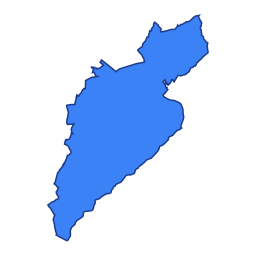 the district of Stefan Cel Mare, Bacau, Romania
{"feature_id": "2599482B13228662161782", "entity_name": "Stefan Cel Mare", "entity_type": "district", "adm_level": 2, "iso_a3": "ROU", "parent_name": "Romania", "parent_adm1": "Bacau", "projection": "mercator", "projection_center": [26.858, 46.192], "detail": "fine", "context": "isolated", "style": "filled", "palette": "blue", "viewbox_px": 256, "rotation_deg": 0, "n_neighbors": 0, "source": "geoboundaries", "source_scale": "gbopen_adm2", "svg_char_len": 5628}
<svg xmlns="http://www.w3.org/2000/svg" viewBox="0 0 256 256"><path d="M56.2,235.2L57.1,235.4L58.0,235.9L58.9,236.7L59.9,237.0L66.4,240.5L67.0,240.6L67.6,240.4L68.0,240.0L68.9,238.3L70.3,236.2L70.5,234.7L70.3,230.8L71.3,228.0L72.0,227.0L72.4,226.5L74.3,225.1L74.8,224.5L75.5,222.7L76.5,220.8L76.7,220.5L78.8,219.4L82.8,216.5L83.2,215.8L83.3,215.4L83.3,213.2L83.4,212.8L84.0,212.1L85.5,211.3L89.2,211.0L91.8,210.6L92.5,210.2L92.9,209.4L93.1,208.7L93.5,208.1L93.8,205.9L94.9,203.8L95.2,202.9L95.2,202.4L95.0,200.7L95.1,200.2L97.2,199.3L98.4,199.0L99.5,198.6L102.1,196.3L104.2,195.0L105.0,194.8L105.5,194.5L105.8,194.0L106.3,193.8L108.9,193.6L109.9,193.1L110.9,192.8L111.5,190.3L112.4,189.3L112.9,188.6L113.2,187.6L114.1,186.4L115.1,186.1L116.1,184.3L118.2,183.3L120.7,182.3L123.5,179.1L125.8,175.8L126.3,175.3L128.0,174.9L130.3,175.0L134.0,173.6L134.5,173.0L135.0,171.7L135.5,169.7L136.5,168.9L137.8,168.4L138.1,168.1L138.2,167.6L138.5,167.3L139.6,165.7L140.5,165.6L144.4,162.3L145.2,161.6L145.7,160.7L146.8,159.9L151.4,158.0L155.6,153.6L156.8,152.3L158.7,149.7L158.8,148.5L159.3,148.2L159.3,147.2L159.6,146.3L161.6,145.6L163.2,144.8L163.7,144.2L165.3,142.9L165.7,142.3L166.4,141.7L168.4,139.6L168.5,139.2L168.4,137.5L169.6,136.7L172.9,135.2L174.2,133.3L176.0,131.7L176.6,130.7L177.2,130.6L178.0,130.0L179.5,129.7L180.0,129.4L180.5,128.5L181.1,128.2L181.7,128.2L181.7,127.9L181.3,127.5L180.9,126.9L180.9,125.8L183.2,119.5L183.6,118.0L183.7,116.0L183.2,115.1L182.9,109.1L181.6,105.6L181.0,104.4L180.5,103.6L178.9,102.5L174.2,100.4L171.6,100.3L169.3,99.7L165.8,97.9L164.6,97.2L163.0,95.7L163.7,93.9L164.4,93.9L167.9,89.5L166.6,88.6L167.1,87.6L166.7,87.3L166.5,87.6L165.3,86.4L165.4,86.1L165.3,85.7L165.1,84.8L165.8,84.1L165.8,83.8L165.8,83.6L165.6,83.1L164.7,84.0L162.9,81.7L164.9,80.0L164.9,80.3L165.2,80.7L165.4,81.3L165.7,81.6L165.6,81.8L166.2,82.6L166.5,82.7L166.5,83.1L166.6,83.4L167.1,83.7L166.8,84.1L167.3,84.5L167.4,84.3L168.0,85.1L168.9,84.6L168.9,84.0L169.4,83.5L169.9,83.5L170.3,82.5L170.6,82.4L170.9,82.0L171.7,79.8L172.0,79.8L172.3,79.6L172.7,80.1L173.1,80.0L173.3,80.2L173.4,81.1L173.5,81.3L174.1,81.9L174.9,80.4L176.1,78.6L176.8,77.2L177.5,76.2L178.3,75.4L178.6,75.3L180.4,75.8L180.8,75.7L181.7,75.7L182.8,75.1L185.3,74.6L187.1,73.1L188.2,72.4L189.4,71.3L190.3,68.4L191.3,67.7L192.4,67.6L193.6,66.5L195.3,66.0L196.1,64.8L196.8,63.1L197.2,62.5L197.8,62.1L198.8,61.0L199.8,60.2L200.3,59.6L201.3,58.9L202.7,57.2L203.1,56.6L204.1,56.0L205.5,54.7L207.9,52.8L208.1,52.0L207.6,49.5L207.5,48.0L207.2,46.8L207.2,45.2L207.6,43.7L207.7,42.8L205.9,41.8L205.5,41.2L205.0,40.2L204.0,39.4L203.6,38.7L203.4,36.7L202.8,36.1L201.5,35.1L201.6,33.3L201.3,31.4L201.1,29.7L200.2,27.8L200.4,27.2L201.2,26.2L201.3,24.5L201.7,23.3L201.4,22.1L200.0,20.0L199.6,19.0L198.7,17.4L198.6,16.2L198.8,15.9L199.2,15.4L195.5,16.1L193.8,17.2L193.0,17.9L191.1,19.9L189.3,21.3L188.0,21.8L186.4,21.7L186.0,21.9L185.6,22.5L183.5,23.5L182.6,24.3L181.7,24.4L180.8,24.4L180.6,24.5L180.2,24.9L179.7,25.8L179.2,25.9L177.8,25.3L177.6,25.1L177.5,25.6L176.9,27.1L175.9,28.1L174.8,29.4L171.3,29.4L166.0,31.0L160.9,31.9L160.7,31.6L160.8,31.3L160.5,30.7L161.2,29.0L158.9,26.6L158.5,26.0L158.1,24.9L154.6,22.2L153.9,23.3L153.7,24.3L153.5,24.7L153.5,25.2L153.6,25.7L153.2,26.4L152.8,27.3L151.3,29.0L151.7,29.5L151.3,30.9L150.5,30.9L150.0,30.7L149.8,30.9L149.4,32.0L149.5,33.1L149.1,33.6L148.3,36.5L148.3,36.8L147.4,36.9L147.0,37.2L146.7,37.7L146.2,39.3L145.0,41.4L144.5,42.1L143.3,43.2L142.9,43.8L142.4,46.2L141.9,47.0L141.1,47.3L139.8,48.3L139.6,48.6L138.4,49.2L138.0,49.7L137.7,50.4L139.1,52.1L140.8,53.8L141.7,54.9L142.4,56.2L144.0,59.3L144.1,60.2L144.5,61.9L141.6,62.8L136.6,63.6L119.7,68.9L117.5,70.3L116.2,71.7L101.6,60.0L101.1,60.8L100.1,62.4L102.6,64.2L102.4,64.5L102.7,64.7L103.3,65.4L100.7,67.3L100.1,68.0L97.3,68.9L96.9,68.2L96.4,68.7L95.7,68.1L94.0,67.3L91.4,67.1L91.4,67.3L91.8,67.6L92.6,68.6L93.6,69.3L93.6,69.5L93.6,69.9L93.2,70.3L92.5,72.6L93.5,72.2L94.1,72.4L94.4,72.7L95.2,74.9L95.6,75.5L96.3,76.1L97.3,76.4L95.1,77.0L92.3,77.2L91.6,77.4L85.6,80.5L85.5,80.8L85.6,82.9L85.3,88.7L83.8,88.6L83.3,89.4L82.6,89.7L81.5,92.4L80.4,93.7L79.5,94.5L78.6,96.1L78.3,96.2L77.0,94.8L76.6,96.1L76.1,97.4L76.2,97.7L76.5,97.6L76.1,99.0L75.8,100.2L75.4,101.2L74.9,103.7L74.9,104.6L71.5,104.5L66.7,105.3L66.7,106.1L67.4,109.0L67.9,110.6L68.5,113.6L67.9,114.9L67.8,116.5L67.0,119.3L66.7,122.9L67.5,124.5L73.9,123.9L73.4,124.9L72.8,125.6L72.4,126.8L71.7,127.7L71.6,128.7L71.2,129.6L71.8,131.8L72.3,132.9L72.9,133.7L72.4,133.6L71.4,133.0L71.3,133.9L69.5,139.0L68.6,139.4L66.1,139.5L65.9,139.7L65.8,139.9L66.1,140.2L65.4,140.5L64.5,144.1L67.2,145.4L68.1,146.0L68.4,146.4L68.9,147.3L69.2,148.2L69.3,148.5L69.7,148.6L69.8,149.4L70.5,150.5L71.1,152.2L71.1,152.9L71.0,153.1L70.5,153.4L68.3,155.5L67.8,155.2L67.4,155.5L66.4,158.9L64.2,163.4L64.3,163.6L63.9,163.6L64.0,164.1L63.6,164.8L63.3,164.8L63.3,165.0L62.9,165.0L63.0,165.2L62.9,165.4L63.1,165.7L63.1,166.0L62.2,166.8L61.9,166.9L61.3,168.1L60.6,168.7L60.0,169.6L59.7,169.7L59.4,170.5L57.5,173.1L57.3,174.3L56.8,175.8L55.4,181.4L54.6,183.2L54.1,183.8L55.2,184.4L56.1,185.4L57.2,186.9L58.3,187.4L58.3,187.9L57.7,189.1L57.5,190.2L56.4,191.5L56.3,191.9L56.3,192.6L56.4,193.3L56.7,194.2L57.2,194.7L58.5,197.1L58.6,197.4L58.6,198.1L58.5,198.4L57.7,199.0L56.2,199.5L54.9,200.8L52.8,201.9L51.7,202.2L50.9,202.7L50.2,203.5L49.7,203.9L48.5,204.5L47.9,205.1L49.3,207.2L50.5,208.2L53.7,213.8L54.8,215.1L54.4,215.5L53.9,217.5L53.5,218.6L53.3,218.9L53.2,219.7L53.9,221.8L54.2,223.8L54.6,225.3L54.7,226.7L54.8,227.6L55.2,228.6L55.4,229.7L55.7,231.6L56.5,233.3L56.5,233.7L56.2,235.2Z" fill="#3b82f6" stroke="#1e3a8a" stroke-width="1.5"/></svg>